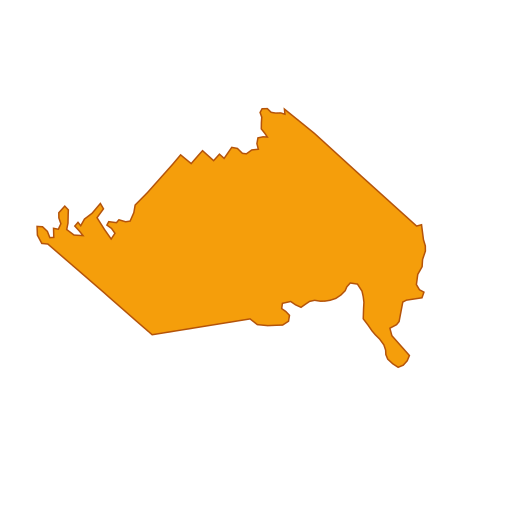 outline of Guarani das Missões, Rio Grande do Sul, Brazil, rotated 312°
{"feature_id": "56859067B89079758510007", "entity_name": "Guarani das Missões", "entity_type": "district", "adm_level": 2, "iso_a3": "BRA", "parent_name": "Brazil", "parent_adm1": "Rio Grande do Sul", "projection": "robinson", "projection_center": [-54.593, -28.176], "detail": "fine", "context": "isolated", "style": "filled", "palette": "amber", "viewbox_px": 512, "rotation_deg": 312, "n_neighbors": 0, "source": "geoboundaries", "source_scale": "gbopen_adm2", "svg_char_len": 1845}
<svg xmlns="http://www.w3.org/2000/svg" viewBox="0 0 512 512"><g transform="rotate(312 256 256)"><path d="M284.7,436.6L287.7,410.3L291.9,403.8L299.0,406.4L303.0,406.2L320.0,395.9L323.8,397.3L336.0,407.3L341.5,405.0L340.3,400.1L342.1,394.3L350.6,388.5L359.2,386.6L364.9,382.1L373.0,378.6L376.8,375.1L380.2,369.5L390.0,358.1L385.7,355.3L385.8,280.5L386.2,217.3L384.2,178.8L380.7,182.6L378.9,178.7L375.3,174.9L372.9,171.1L373.1,165.8L369.5,162.0L365.4,163.0L363.0,167.4L358.7,170.8L354.0,174.9L353.1,180.3L352.0,184.8L349.3,181.5L345.1,178.4L340.1,181.5L336.9,186.3L332.0,181.9L325.5,180.5L323.2,177.2L323.5,170.2L320.5,165.3L307.2,167.0L307.2,160.7L298.5,160.7L298.5,145.8L292.3,145.8L281.3,146.0L280.7,132.3L274.8,132.5L268.4,132.7L230.3,132.9L213.0,132.1L206.5,136.2L197.7,139.1L194.2,136.2L191.2,129.9L187.4,130.0L183.0,123.6L179.2,124.5L179.8,130.2L178.5,136.0L171.7,137.0L174.3,125.7L178.1,112.2L189.0,111.1L190.9,105.2L178.1,105.6L168.7,103.8L161.2,105.5L161.9,101.2L157.0,101.3L156.4,107.8L155.4,113.8L149.8,106.8L149.0,97.6L154.6,94.3L161.0,88.8L164.7,85.7L165.1,80.5L156.2,80.5L152.4,84.0L149.4,89.4L143.6,91.2L141.1,87.0L134.5,93.3L131.7,90.5L134.7,84.5L134.9,77.8L131.5,73.5L125.2,79.6L122.0,88.4L125.6,93.3L127.1,167.9L127.1,173.3L127.6,210.5L128.0,231.5L205.3,293.7L205.9,302.9L212.1,311.3L217.8,317.1L222.5,322.0L229.3,323.8L234.3,320.6L234.7,315.4L234.1,310.3L238.5,307.3L245.4,312.2L246.2,318.1L248.0,323.8L253.7,325.1L258.1,326.2L262.3,329.2L265.5,334.1L268.6,337.4L272.7,340.7L277.9,343.7L283.9,345.2L289.9,345.5L293.9,344.1L299.0,344.1L303.0,350.2L300.8,358.3L297.6,362.8L293.8,367.2L289.3,370.8L281.1,377.7L279.6,385.6L278.0,392.2L277.3,397.3L277.0,403.5L275.5,410.5L272.8,415.3L269.6,418.5L267.5,422.9L267.4,429.7L268.4,436.1L273.4,438.5L279.3,438.5L284.7,436.6Z" fill="#f59e0b" stroke="#b45309" stroke-width="1.5"/></g></svg>